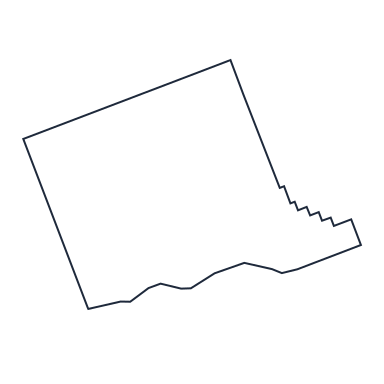 Dodge, Nebraska, United States of America (Equal Earth projection), rotated 339°
{"feature_id": "52423323B41821983343245", "entity_name": "Dodge", "entity_type": "district", "adm_level": 2, "iso_a3": "USA", "parent_name": "United States of America", "parent_adm1": "Nebraska", "projection": "equal_earth", "projection_center": [-96.564, 41.568], "detail": "fine", "context": "isolated", "style": "outline", "palette": "slate", "viewbox_px": 384, "rotation_deg": 339, "n_neighbors": 0, "source": "geoboundaries", "source_scale": "gbopen_adm2", "svg_char_len": 529}
<svg xmlns="http://www.w3.org/2000/svg" viewBox="0 0 384 384"><g transform="rotate(339 192 192)"><path d="M53.3,264.0L86.1,268.7L95.0,272.3L117.0,266.1L129.8,266.3L147.2,278.3L156.4,281.5L184.0,276.0L215.4,276.9L239.1,292.7L246.8,299.9L262.6,301.9L330.7,302.0L330.8,274.6L312.3,274.5L312.3,265.6L303.1,265.4L303.1,256.2L293.9,256.2L293.7,247.0L284.4,247.1L284.4,237.9L279.8,237.9L280.0,219.6L275.4,219.6L274.9,119.2L275.2,82.6L221.9,82.5L53.5,82.0L53.2,262.1L53.3,264.0Z" fill="none" stroke="#1e293b" stroke-width="2"/></g></svg>